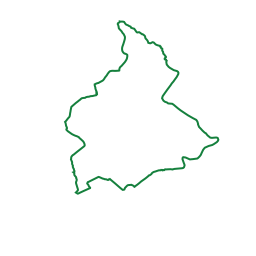 Sourou, Sourou, Burkina Faso (Albers equal-area conic projection), rotated 131°
{"feature_id": "67063806B20155029653315", "entity_name": "Sourou", "entity_type": "district", "adm_level": 2, "iso_a3": "BFA", "parent_name": "Burkina Faso", "parent_adm1": "Sourou", "projection": "albers", "projection_center": [-3.016, 13.252], "detail": "fine", "context": "isolated", "style": "outline", "palette": "green", "viewbox_px": 256, "rotation_deg": 131, "n_neighbors": 0, "source": "geoboundaries", "source_scale": "gbopen_adm2", "svg_char_len": 5721}
<svg xmlns="http://www.w3.org/2000/svg" viewBox="0 0 256 256"><g transform="rotate(131 128 128)"><path d="M164.7,179.5L165.0,178.7L165.5,178.0L166.2,177.1L166.7,176.5L167.1,175.9L167.2,175.7L167.3,175.3L167.7,174.7L167.9,174.2L168.4,173.8L169.0,173.8L169.7,173.4L169.8,172.6L169.9,171.3L169.4,166.3L168.9,164.3L168.4,162.7L167.8,161.3L167.4,159.9L167.2,159.1L167.4,158.2L167.4,156.0L167.5,153.2L167.7,152.3L168.2,151.1L168.7,150.2L169.3,149.5L169.7,149.2L170.5,149.1L179.4,150.8L184.0,151.6L184.8,151.9L185.6,151.9L186.5,151.9L187.4,151.6L188.1,151.0L188.9,150.6L189.2,150.4L189.6,149.3L189.8,149.1L190.2,148.2L190.5,147.7L190.9,147.4L191.8,146.6L192.2,145.8L192.4,145.3L192.7,144.7L193.3,144.4L193.6,144.1L193.7,143.8L194.3,142.7L194.4,142.1L195.2,141.1L195.4,140.5L195.8,140.0L196.3,139.7L197.3,140.2L197.3,139.2L197.4,138.8L197.7,138.5L198.5,137.9L198.7,137.5L198.9,136.7L199.0,136.2L199.0,135.6L199.1,135.2L199.6,134.3L200.1,133.9L200.2,133.4L200.5,132.9L201.0,132.5L201.6,132.2L203.0,131.7L203.6,131.1L204.1,130.5L204.5,129.8L205.2,128.7L205.9,127.6L206.8,126.1L207.2,125.5L207.5,125.2L207.8,125.0L208.1,124.9L208.7,124.9L210.9,125.0L210.7,123.7L210.6,123.0L210.4,122.8L210.2,122.6L208.3,121.8L204.7,120.2L198.2,117.2L198.0,117.3L197.9,117.4L197.8,117.6L197.9,118.2L197.7,118.9L197.5,119.6L197.0,120.5L196.9,121.0L196.7,122.3L195.8,122.7L195.3,122.8L195.2,122.7L192.5,121.6L184.3,118.2L184.1,117.9L183.8,117.2L183.4,116.0L183.3,115.6L183.1,114.9L182.6,113.5L182.3,113.1L181.8,111.7L181.2,111.1L180.6,109.6L180.5,109.2L180.3,108.9L179.9,108.8L179.5,108.8L179.4,108.8L179.2,108.4L178.4,108.2L178.4,107.8L178.4,106.6L178.3,101.8L178.3,94.3L178.2,91.5L178.1,91.3L177.8,91.1L177.5,90.8L177.1,90.5L176.7,90.4L176.4,90.6L175.9,90.7L175.4,90.9L174.7,91.0L174.2,90.9L173.3,90.9L172.1,90.8L171.5,90.7L170.8,90.2L170.4,89.9L169.9,89.3L169.4,88.9L168.6,88.1L168.6,87.8L168.3,87.1L168.2,86.6L168.0,85.6L168.2,84.6L167.7,84.4L167.0,84.3L166.3,84.2L164.7,83.8L162.5,83.4L159.7,83.0L154.8,81.8L153.2,81.5L152.0,81.3L150.9,81.1L150.3,81.2L150.1,81.1L149.4,80.6L148.6,80.4L147.5,80.1L146.6,80.3L145.7,80.2L144.4,79.8L143.6,79.3L142.7,78.7L142.0,78.3L141.8,78.2L141.6,78.1L141.3,77.9L139.8,77.0L138.7,75.9L138.4,75.5L137.9,75.5L137.8,75.3L137.2,74.7L137.0,74.4L137.1,74.1L136.8,74.0L136.6,73.8L136.6,73.6L136.1,73.3L135.9,73.0L135.7,73.1L135.1,73.0L134.7,72.7L134.5,72.4L133.7,71.5L131.2,68.9L130.0,67.1L129.6,67.0L129.3,66.7L128.4,66.1L122.8,60.7L121.8,60.1L120.9,60.0L119.2,60.7L118.4,61.6L118.2,62.2L115.8,66.4L114.7,67.2L113.8,67.2L112.5,65.2L111.1,60.7L108.8,58.5L105.6,55.7L104.9,55.5L102.6,55.3L100.6,55.4L98.7,56.0L95.1,57.0L92.5,57.1L88.6,55.3L85.6,53.3L84.0,52.7L80.4,51.7L78.7,51.7L77.6,52.1L76.7,53.7L76.9,54.5L77.4,55.3L80.4,58.2L81.3,59.6L81.4,63.1L80.9,65.9L81.2,67.0L81.1,70.1L80.8,72.5L80.6,75.0L79.3,77.6L78.9,77.8L77.6,79.9L77.1,81.8L78.0,85.6L79.1,91.2L80.2,99.9L80.4,103.4L80.5,108.9L80.7,110.5L83.1,113.8L83.2,115.4L84.0,117.4L84.1,119.2L83.2,121.8L81.2,122.7L78.5,123.0L73.3,123.5L67.7,123.9L65.7,124.2L63.1,124.2L60.3,124.5L57.7,124.7L54.4,125.4L53.3,126.1L52.8,127.1L52.9,128.4L54.3,131.4L55.1,135.7L55.2,137.5L54.7,140.4L53.0,142.5L52.1,142.8L52.2,143.0L51.5,144.0L51.7,144.4L51.7,144.6L52.0,145.1L52.0,145.3L51.9,145.6L51.7,145.8L51.1,146.0L50.2,145.9L49.8,145.8L49.5,145.9L49.3,146.3L49.2,146.6L49.2,147.3L49.1,147.8L48.7,148.7L48.7,149.0L48.8,149.3L48.8,149.8L48.7,150.1L48.3,150.7L47.9,151.1L47.7,151.2L47.6,151.4L47.4,151.8L47.3,152.5L47.1,153.0L46.8,153.2L46.0,153.8L45.7,154.1L45.7,154.4L45.7,154.9L45.9,155.4L45.8,155.8L45.7,156.1L45.3,156.5L45.1,156.7L45.1,156.9L45.6,156.6L45.3,157.7L45.3,158.0L45.5,158.6L45.8,159.2L46.3,160.3L46.5,160.9L46.7,161.5L46.8,162.2L46.6,164.4L46.6,164.6L46.9,165.3L47.2,165.8L48.8,166.4L49.4,166.7L49.7,167.1L49.9,167.6L50.2,168.2L50.4,168.5L50.1,169.0L49.9,169.3L49.6,169.9L49.4,170.3L49.2,170.9L49.1,171.6L49.0,172.2L48.9,173.5L48.7,173.8L48.4,174.4L48.0,174.8L47.6,175.3L47.4,176.5L47.5,177.4L47.6,178.5L48.0,178.9L48.3,182.2L49.0,183.0L49.6,183.4L50.0,184.2L49.8,185.2L49.0,188.4L49.2,188.8L49.6,189.7L50.0,190.6L50.3,191.5L50.1,191.8L49.8,192.5L50.4,194.4L50.4,194.9L51.0,196.8L51.2,197.5L51.0,198.7L50.5,200.5L50.8,201.2L51.5,202.2L52.8,203.7L53.0,204.1L53.3,203.8L53.6,203.8L53.9,203.8L55.0,204.2L55.5,204.3L56.1,204.1L56.4,203.8L56.7,203.0L57.8,201.4L58.3,200.9L58.7,200.4L58.9,199.6L59.0,198.8L59.2,196.5L59.4,195.8L59.9,194.2L59.9,193.5L60.0,192.9L60.4,191.9L61.1,190.3L61.9,189.5L63.1,188.7L65.2,187.7L67.7,186.6L70.3,185.6L71.4,185.0L72.4,184.2L73.3,183.2L73.8,182.3L74.1,181.2L74.2,180.1L74.0,179.2L73.6,178.6L73.3,177.2L73.3,176.6L73.4,176.4L74.4,175.5L75.4,174.9L76.3,174.4L77.2,174.1L78.7,173.8L80.3,173.6L82.0,173.6L84.3,173.6L85.4,173.6L86.6,173.8L87.7,173.8L88.5,173.5L89.1,173.2L89.6,172.9L90.3,172.3L90.6,172.4L90.9,172.7L93.0,174.8L93.6,175.5L94.4,176.5L95.2,177.5L96.6,178.6L96.9,178.8L97.3,178.9L98.2,179.0L100.3,178.9L102.0,178.6L103.7,178.5L104.9,178.5L106.4,178.2L108.1,178.1L108.7,178.2L109.4,178.4L112.6,179.6L113.5,179.9L113.8,180.2L115.2,181.1L116.1,181.4L116.5,181.6L116.9,181.8L117.5,181.3L118.2,180.3L118.7,179.5L119.0,179.0L119.7,178.4L120.0,177.8L120.6,176.8L121.0,175.8L121.8,174.6L122.0,174.4L122.0,175.1L122.2,174.9L122.9,174.3L123.3,173.9L123.5,173.7L123.8,173.5L124.1,173.5L124.6,173.9L125.5,174.6L127.1,175.7L128.5,177.1L130.0,178.0L131.0,179.0L131.8,179.6L132.6,180.0L133.4,180.2L134.7,181.5L135.9,182.4L136.8,182.6L137.6,182.7L138.6,182.8L139.6,183.1L140.5,183.2L143.4,183.8L148.4,184.5L149.1,184.6L149.6,184.4L150.5,183.9L152.1,183.0L153.5,182.1L154.6,181.5L155.8,180.7L157.1,179.9L157.5,179.7L157.9,179.6L158.4,179.5L159.6,179.6L161.8,179.5L163.2,179.4L164.7,179.5Z" fill="none" stroke="#15803d" stroke-width="2"/></g></svg>